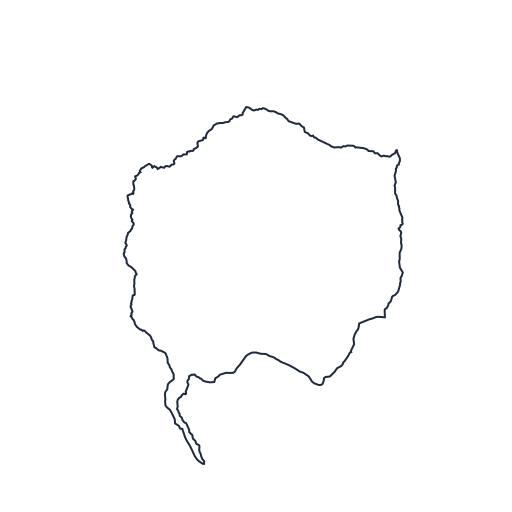 outline of Almaguer, Cauca, Colombia, rotated 140°
{"feature_id": "7082276B90942286802218", "entity_name": "Almaguer", "entity_type": "district", "adm_level": 2, "iso_a3": "COL", "parent_name": "Colombia", "parent_adm1": "Cauca", "projection": "robinson", "projection_center": [-76.812, 1.912], "detail": "fine", "context": "isolated", "style": "outline", "palette": "slate", "viewbox_px": 512, "rotation_deg": 140, "n_neighbors": 0, "source": "geoboundaries", "source_scale": "gbopen_adm2", "svg_char_len": 6139}
<svg xmlns="http://www.w3.org/2000/svg" viewBox="0 0 512 512"><g transform="rotate(140 256 256)"><path d="M430.2,130.7L429.4,130.2L427.7,132.0L427.5,133.0L427.7,133.9L427.6,134.9L426.8,137.6L425.4,140.5L425.1,142.2L424.0,144.2L422.1,146.0L421.3,147.2L421.4,148.3L422.3,150.1L422.3,150.9L421.3,153.4L421.7,156.4L421.0,158.1L419.9,159.5L420.3,164.1L419.0,165.6L417.2,172.0L417.0,173.3L417.7,174.1L417.9,175.2L417.7,177.8L416.8,179.6L417.1,182.6L415.8,184.6L415.8,186.1L415.0,187.6L414.9,189.5L412.8,191.0L410.0,195.0L408.3,196.2L406.3,196.6L403.9,196.3L402.7,196.9L400.4,197.2L399.9,197.0L398.9,195.4L398.0,195.5L397.0,197.3L390.7,200.7L390.1,201.7L389.9,203.2L388.9,204.3L388.0,204.7L386.6,204.8L384.5,206.9L381.3,206.3L381.0,205.7L379.2,204.7L379.0,201.7L377.9,200.0L377.5,198.2L376.9,197.2L376.7,194.6L375.5,192.4L372.5,188.8L369.0,186.3L366.0,188.3L365.2,188.5L363.2,188.0L359.7,188.2L353.9,185.7L351.3,183.3L348.3,181.0L346.5,181.0L343.0,182.4L338.4,183.0L328.3,185.7L325.9,185.7L321.9,184.8L320.9,184.4L317.8,181.8L315.1,177.9L311.7,174.9L311.0,173.7L310.0,170.8L308.0,167.7L307.0,165.6L307.0,164.7L305.3,160.7L305.3,159.8L304.8,158.6L301.1,151.6L298.3,144.5L296.8,139.5L294.8,136.2L293.0,130.0L293.8,123.6L293.2,121.0L290.8,116.8L288.9,115.4L287.5,115.2L286.5,115.6L283.6,117.4L282.6,118.7L280.4,118.6L276.9,116.2L270.5,116.7L266.0,117.9L261.3,116.9L259.5,117.2L257.5,118.4L255.8,118.5L249.9,120.1L246.7,121.4L245.9,121.6L244.8,121.2L244.6,121.9L243.9,122.5L237.6,125.3L234.5,130.0L230.8,132.4L227.5,133.7L225.5,134.1L223.7,135.0L220.3,138.0L209.7,134.6L206.8,133.2L203.6,132.2L201.6,131.0L196.7,126.2L192.1,132.0L190.8,132.4L189.8,132.1L187.9,132.6L186.3,133.3L185.0,134.5L183.2,134.4L181.4,134.9L177.9,137.3L176.8,137.4L175.0,136.8L173.7,136.8L170.9,137.2L169.5,137.7L164.2,141.3L163.1,142.6L161.7,143.3L159.5,146.2L156.7,147.3L154.2,149.0L153.2,154.7L150.0,159.7L147.8,161.4L143.9,166.1L139.7,168.3L137.4,170.8L136.8,172.4L133.6,175.9L132.7,178.3L129.6,180.7L129.3,182.0L129.6,184.2L129.1,185.4L126.9,185.4L125.5,186.7L123.6,186.1L122.9,186.4L122.0,188.3L121.2,188.9L120.7,190.0L119.2,191.2L117.0,198.3L116.5,199.3L115.6,200.2L115.1,201.7L114.3,202.2L114.2,203.9L111.7,207.0L110.9,209.4L109.5,212.2L109.2,214.6L105.5,219.0L104.6,220.9L101.5,222.6L98.3,228.4L93.8,231.4L93.0,232.8L91.5,233.2L90.1,234.5L89.2,234.6L87.8,234.3L87.1,235.1L84.8,236.2L83.0,238.3L81.3,244.4L80.1,246.5L80.5,246.8L81.2,246.6L83.4,245.4L86.6,246.0L89.3,246.0L90.2,246.5L91.4,248.3L92.8,249.3L93.5,250.7L95.7,251.5L96.5,253.1L96.8,256.6L98.9,258.2L98.8,260.5L99.1,261.1L102.2,264.0L102.6,266.8L104.3,269.5L109.1,274.6L110.1,275.2L110.2,277.1L110.5,277.8L115.0,281.9L117.2,282.5L118.5,284.0L121.1,284.3L122.4,286.0L126.1,288.7L127.0,289.9L128.0,292.0L128.2,293.5L133.7,305.3L134.1,308.1L135.3,309.6L134.9,311.5L136.1,312.0L137.2,313.4L137.4,316.8L138.9,319.7L136.7,323.6L137.7,326.6L137.7,329.1L138.1,330.0L139.6,330.9L140.8,332.2L144.2,338.1L144.3,339.6L144.0,341.0L144.5,342.5L144.6,346.0L145.4,348.0L147.8,351.5L148.3,353.4L149.4,355.4L150.8,356.8L151.6,357.1L153.1,359.1L153.9,361.9L155.1,364.2L155.8,364.9L157.4,364.9L158.1,365.9L158.9,366.6L160.6,366.7L161.7,368.0L164.0,368.7L165.2,370.8L165.4,372.2L165.9,373.8L166.6,375.1L167.9,376.4L174.2,374.1L175.1,373.1L175.9,373.0L176.5,373.1L178.0,374.3L181.1,374.4L181.6,374.8L182.8,376.9L183.5,377.4L184.5,377.3L185.7,376.6L187.8,377.2L190.0,376.3L191.0,376.5L193.2,378.0L196.3,379.4L198.4,381.4L199.7,381.8L200.4,382.5L204.5,383.2L208.2,381.7L212.0,382.1L214.6,381.6L216.8,380.4L218.6,378.7L219.2,378.9L219.8,380.2L220.4,380.3L221.3,379.3L222.5,379.1L226.5,380.9L228.3,380.2L230.0,377.3L230.8,377.2L232.6,377.2L234.8,377.9L236.1,377.1L236.7,377.1L238.6,378.6L239.9,378.8L240.3,379.5L241.5,379.8L242.2,379.9L242.9,378.9L243.8,378.4L246.4,380.5L248.5,380.4L250.0,381.0L251.5,382.6L252.6,383.1L255.0,382.1L256.9,382.1L257.8,381.8L258.9,379.5L259.5,379.2L260.3,379.2L262.1,380.2L264.8,380.0L266.3,382.0L267.6,383.0L269.7,382.7L271.8,385.6L273.3,385.4L275.4,385.9L275.0,386.9L276.0,390.1L278.6,390.2L278.6,390.8L277.7,392.3L278.5,395.0L279.2,395.5L283.2,396.1L285.1,396.1L287.5,396.8L290.2,395.9L290.8,395.2L290.8,394.4L292.1,394.9L292.9,394.4L295.1,394.0L297.4,394.7L297.9,394.1L298.1,392.8L298.8,392.1L300.6,391.8L301.9,392.1L302.3,391.8L304.0,389.6L304.2,388.6L306.1,385.6L307.3,384.7L308.1,384.7L308.7,384.3L309.7,382.7L310.3,382.6L310.6,383.5L311.0,383.7L312.1,383.7L312.9,384.2L314.0,384.3L315.1,384.8L316.0,384.5L317.3,381.9L318.2,380.8L318.7,379.0L319.5,378.1L319.4,377.0L319.7,376.8L319.8,375.5L320.9,374.5L321.0,371.9L320.5,371.2L320.5,370.4L322.2,370.0L322.9,369.5L323.1,368.4L325.1,368.1L326.6,366.6L327.2,365.2L327.3,363.2L328.3,362.9L328.8,362.4L328.7,359.8L329.4,358.8L331.0,358.4L333.5,356.7L334.8,356.6L336.2,355.8L339.0,356.0L341.1,354.5L342.7,353.9L345.6,351.4L347.6,350.1L347.9,347.9L348.4,347.0L349.9,346.7L351.0,345.8L352.4,345.6L354.3,343.4L355.3,343.2L356.0,342.6L357.1,340.4L357.2,337.5L358.6,334.9L359.4,334.1L359.7,332.7L359.7,330.5L358.7,327.8L358.1,322.6L358.2,321.6L358.9,320.6L359.1,318.9L359.7,318.5L361.0,318.6L361.8,318.4L363.2,316.9L364.3,316.3L367.0,312.9L368.8,311.4L370.2,308.8L373.6,304.5L374.2,304.3L375.2,304.9L375.9,304.9L378.8,302.3L380.3,301.5L381.3,300.3L382.2,300.1L382.7,298.9L384.1,298.3L384.8,297.5L386.1,293.2L387.0,292.6L388.4,292.2L389.5,290.6L390.4,290.6L390.8,290.4L390.6,288.7L391.1,287.0L390.9,285.7L391.4,283.5L392.5,281.8L392.8,278.5L392.1,274.3L391.1,273.1L390.8,271.3L389.8,271.1L389.4,270.2L389.3,268.0L388.3,263.2L388.6,261.4L389.6,258.9L389.6,256.7L390.4,255.6L392.5,251.3L391.7,249.7L391.2,246.2L389.8,244.8L387.9,240.2L388.0,239.0L389.6,234.5L392.3,230.9L392.5,228.3L393.5,226.1L393.7,223.3L394.3,222.1L394.9,219.2L395.3,218.0L396.7,216.5L397.5,215.1L398.6,214.5L402.9,214.8L405.4,214.5L406.7,213.8L409.7,210.9L412.6,210.2L413.6,209.6L414.9,208.3L417.5,204.5L419.2,203.0L421.5,199.4L421.5,197.0L420.8,193.6L421.4,190.1L423.2,183.1L425.6,179.8L424.3,175.5L425.0,172.6L424.7,171.9L423.8,171.4L423.6,170.9L426.8,162.8L427.6,159.8L428.8,152.2L431.6,141.8L431.9,138.1L431.6,135.3L430.2,130.7Z" fill="none" stroke="#1e293b" stroke-width="2"/></g></svg>